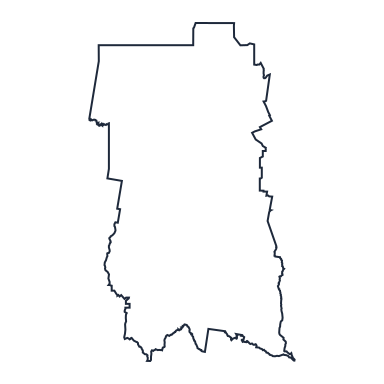 Benalla, Victoria, Australia (Natural Earth projection)
{"feature_id": "25037944B90980309349747", "entity_name": "Benalla", "entity_type": "district", "adm_level": 2, "iso_a3": "AUS", "parent_name": "Australia", "parent_adm1": "Victoria", "projection": "natural_earth1", "projection_center": [146.082, -36.59], "detail": "fine", "context": "isolated", "style": "outline", "palette": "slate", "viewbox_px": 384, "rotation_deg": 0, "n_neighbors": 0, "source": "geoboundaries", "source_scale": "gbopen_adm2", "svg_char_len": 6063}
<svg xmlns="http://www.w3.org/2000/svg" viewBox="0 0 384 384"><path d="M234.1,23.1L195.6,23.0L194.0,27.6L193.3,28.3L193.2,45.2L98.7,45.2L98.8,61.2L89.8,115.7L89.4,118.1L89.7,118.1L89.9,118.7L89.7,119.2L90.5,119.3L90.6,119.9L89.9,119.8L89.7,120.1L90.3,120.5L91.4,119.6L92.1,120.4L94.0,119.6L95.4,119.9L95.5,120.5L96.4,120.7L96.6,121.7L96.6,122.3L96.9,122.8L98.0,122.7L96.9,124.0L97.1,124.3L98.2,124.2L98.2,124.9L98.8,125.2L98.9,125.6L99.3,125.8L99.7,125.6L99.7,124.8L100.0,124.5L100.5,125.3L100.8,125.2L101.3,124.4L101.4,124.9L101.9,125.3L101.8,124.7L102.3,124.1L102.5,124.2L102.8,123.9L103.1,124.4L103.7,124.1L104.1,124.2L104.1,124.8L104.7,124.5L105.9,125.0L106.8,124.1L107.5,124.4L108.4,124.2L108.6,123.8L108.6,123.4L108.9,123.3L108.9,168.9L107.4,178.4L121.9,180.9L117.2,208.7L120.1,209.2L117.8,222.7L115.4,222.3L114.4,224.2L114.4,226.1L115.0,227.0L115.5,230.2L115.3,231.1L114.3,233.3L112.4,235.3L110.7,236.3L110.3,237.2L109.4,237.9L109.3,238.6L110.6,241.2L110.4,241.7L110.7,242.2L110.2,243.1L109.9,243.2L109.2,245.5L108.9,245.8L108.9,247.5L109.6,249.9L109.7,251.2L108.9,252.9L107.4,253.2L107.2,253.7L107.4,256.2L106.8,257.3L106.0,260.2L104.8,262.4L104.5,265.1L105.0,266.0L105.3,267.6L105.0,268.4L105.1,269.0L105.5,270.3L107.6,271.9L109.0,274.4L108.4,278.5L109.6,281.9L109.6,283.6L108.6,285.0L109.9,285.0L110.7,285.5L111.7,285.7L111.7,290.7L114.4,290.7L116.3,293.8L117.4,295.1L117.4,295.7L118.4,295.0L119.6,296.5L121.2,295.1L124.5,298.9L126.1,297.6L128.9,297.6L128.7,298.4L125.9,300.8L125.9,303.9L129.6,303.9L129.6,307.7L125.4,307.7L125.5,308.7L125.1,309.3L124.6,311.1L124.7,311.9L126.7,313.1L126.1,314.3L125.9,315.3L125.8,318.0L126.1,321.4L125.3,323.3L125.1,324.5L125.4,329.6L125.0,333.6L124.2,337.2L124.8,339.0L127.3,337.9L129.1,338.8L129.6,339.4L130.3,339.1L131.0,338.1L131.6,337.9L133.8,340.6L136.5,342.0L137.1,342.1L138.0,343.1L138.0,344.3L139.2,346.5L139.4,346.8L140.4,346.7L141.5,347.9L141.6,348.6L142.5,349.9L142.5,350.3L142.9,350.9L142.8,352.5L144.9,354.2L146.4,354.3L147.5,355.3L147.2,356.2L147.8,357.8L147.6,360.0L147.1,360.9L150.2,361.0L151.0,359.9L151.0,356.7L151.4,353.9L151.2,351.5L152.0,350.3L153.2,350.9L153.5,350.5L155.0,349.9L155.6,349.2L157.7,350.1L159.2,349.9L160.5,350.1L161.2,349.9L162.1,350.3L162.8,347.6L164.4,347.0L164.7,346.3L164.5,345.0L164.7,342.2L164.4,340.6L164.6,339.3L165.7,337.5L165.9,336.3L166.4,336.0L166.6,335.5L167.4,335.0L169.3,335.9L170.5,334.9L170.9,335.0L171.4,334.5L171.9,334.6L173.3,333.1L173.7,333.1L174.8,331.9L175.3,332.0L176.1,330.6L177.7,329.8L177.9,329.0L177.9,329.8L178.3,330.1L178.7,330.1L178.6,329.6L179.3,330.2L180.2,329.3L180.6,329.5L180.9,329.1L181.2,329.1L181.5,328.2L181.9,327.9L181.4,327.3L182.6,327.0L182.7,326.0L183.3,326.2L184.4,324.5L184.8,324.4L185.1,324.7L186.6,324.9L187.3,325.6L187.4,326.4L188.6,327.1L189.6,329.2L189.7,330.1L189.4,330.7L189.5,331.9L189.9,332.5L191.0,333.2L191.1,334.0L191.8,333.7L192.2,334.1L192.1,335.1L192.3,336.0L193.1,336.7L193.4,338.8L194.0,339.5L194.1,340.5L194.4,340.5L195.1,341.5L195.5,343.5L195.7,344.0L196.1,344.2L197.4,347.2L197.5,348.1L199.0,349.1L199.6,349.1L200.4,350.0L201.3,350.0L201.5,351.0L202.1,351.3L204.9,351.9L208.4,328.9L225.0,331.2L224.9,332.3L225.9,332.4L226.0,332.9L227.3,334.5L227.4,335.4L227.8,336.0L229.1,336.2L231.1,337.7L231.0,339.6L231.4,340.2L233.0,338.6L235.7,337.6L236.4,338.7L236.7,338.6L237.0,337.9L236.8,336.4L237.2,335.7L236.6,335.5L236.5,334.7L236.1,334.0L241.8,335.0L241.3,335.8L242.8,336.0L244.2,337.1L243.4,340.1L242.1,339.7L241.8,339.9L241.8,340.2L242.3,340.5L242.3,341.3L242.7,341.9L243.6,341.5L244.4,341.9L246.5,342.2L246.8,341.9L246.8,341.1L247.1,341.0L247.8,341.5L248.0,342.1L248.6,342.3L249.4,343.3L250.3,344.0L252.0,343.5L253.3,344.7L253.7,344.8L254.8,344.7L255.3,344.2L255.7,344.2L256.2,344.8L256.6,345.8L256.2,347.3L259.1,347.6L260.1,348.5L261.9,349.0L262.9,350.2L264.0,349.8L264.9,350.9L265.8,351.3L266.4,352.6L267.9,352.8L268.4,353.5L269.4,354.0L269.7,354.8L272.0,355.4L272.7,356.1L275.0,356.3L277.0,355.8L278.9,356.1L283.5,354.4L284.0,354.9L286.4,355.2L288.2,356.0L289.2,357.4L290.7,357.5L293.7,360.5L294.4,360.6L294.6,359.6L292.4,357.3L292.5,356.7L291.5,354.7L291.6,354.3L291.3,353.2L290.8,353.7L289.6,354.1L287.3,352.3L286.6,351.4L284.7,351.4L284.2,351.0L284.6,348.0L285.3,346.0L285.3,344.5L285.9,343.2L285.7,341.6L283.4,339.5L283.6,337.8L280.0,334.9L279.4,333.9L279.2,332.5L279.5,328.0L280.1,326.6L280.2,324.5L280.7,321.9L281.1,321.2L282.2,320.4L282.6,317.8L282.2,313.6L281.5,311.0L281.3,309.2L281.6,308.6L281.0,305.7L281.3,304.8L281.0,303.5L281.2,300.3L281.4,299.5L281.1,298.8L281.4,298.2L281.1,297.9L281.2,296.7L281.0,295.9L280.7,295.6L280.9,294.6L280.3,293.5L280.4,292.6L280.0,291.1L280.0,290.6L279.6,290.3L279.1,289.5L279.2,289.1L278.8,288.9L277.9,286.1L278.9,284.5L279.0,283.6L278.6,283.2L278.8,282.6L279.3,282.0L279.9,280.4L279.6,279.3L279.9,278.5L279.4,276.6L279.9,276.3L280.9,276.3L281.7,275.3L282.5,275.0L282.5,274.1L282.0,273.2L282.2,272.7L282.2,271.6L282.7,271.2L283.0,270.0L284.1,268.8L283.2,268.3L282.9,266.8L282.1,266.1L282.4,265.3L282.1,264.7L282.3,263.2L281.8,262.5L282.0,260.6L281.2,259.8L281.3,259.3L281.0,258.7L280.6,258.6L280.0,257.8L280.0,257.2L275.2,256.5L274.9,255.6L274.5,255.6L274.8,252.8L274.4,251.9L276.2,248.9L276.5,247.3L276.1,247.1L276.3,246.0L267.6,221.0L269.2,212.0L270.6,210.4L271.0,210.2L269.7,209.9L272.2,196.6L269.2,196.4L267.9,195.4L266.4,195.7L267.1,191.6L263.5,191.6L263.5,190.7L259.8,190.6L259.8,178.5L260.6,178.5L261.8,177.7L261.8,167.7L259.9,167.7L259.9,158.0L262.8,156.5L262.8,151.0L265.5,151.0L265.4,150.6L265.7,150.4L265.8,149.5L265.6,148.4L265.8,147.8L262.8,146.0L261.6,143.5L255.7,139.5L252.1,132.8L254.8,131.4L261.2,129.3L259.9,127.1L271.9,120.8L269.2,115.6L269.9,115.2L268.3,112.2L266.0,106.1L263.6,101.5L265.1,101.3L266.1,100.8L269.8,74.5L267.2,75.6L265.6,77.8L265.0,78.2L264.0,78.2L263.6,77.7L263.5,77.0L263.6,76.2L264.0,75.2L263.6,73.8L263.6,71.5L263.8,70.6L263.6,69.8L263.8,68.9L260.7,62.9L259.4,64.5L257.6,64.5L256.8,65.0L254.2,64.6L254.2,44.4L249.8,43.4L247.3,45.1L240.4,45.3L234.1,37.2L233.9,25.8L234.1,23.1Z" fill="none" stroke="#1e293b" stroke-width="2"/></svg>